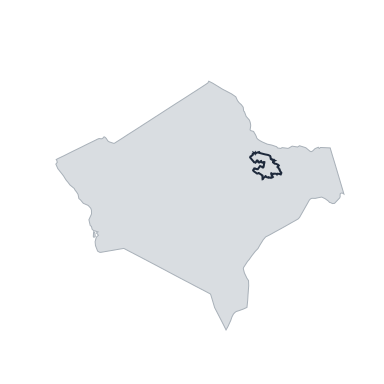 Turkana South, Rift Valley, Kenya shown in context, rotated 118°
{"feature_id": "3690345B86728655085245", "entity_name": "Turkana South", "entity_type": "district", "adm_level": 2, "iso_a3": "KEN", "parent_name": "Kenya", "parent_adm1": "Rift Valley", "projection": "mercator", "projection_center": [35.73, 2.378], "detail": "fine", "context": "in_parent", "style": "outline", "palette": "slate", "viewbox_px": 384, "rotation_deg": 118, "n_neighbors": 0, "source": "geoboundaries", "source_scale": "gbopen_adm2", "svg_char_len": 7256}
<svg xmlns="http://www.w3.org/2000/svg" viewBox="0 0 384 384"><g transform="rotate(118 192 192)"><path d="M86.3,229.2L86.2,224.7L86.9,213.2L86.8,203.1L87.4,198.0L89.9,194.8L91.0,192.5L91.8,189.3L93.1,186.6L96.1,184.5L96.6,183.3L99.8,179.7L101.6,175.0L103.1,173.4L104.8,172.0L106.1,171.2L108.1,170.5L109.7,170.0L110.0,169.7L110.2,168.9L109.6,166.0L110.3,165.1L111.4,163.2L112.7,161.4L113.8,160.3L114.4,159.1L114.7,157.1L114.8,155.6L114.8,153.3L114.4,148.0L113.1,143.5L112.3,138.6L112.9,136.9L111.8,134.0L111.3,133.8L110.5,133.2L109.4,130.4L108.5,127.9L108.0,127.3L104.5,125.1L102.7,119.9L100.7,118.8L99.7,113.6L99.5,112.2L100.6,107.0L100.5,105.8L99.3,104.8L95.9,103.7L93.2,101.5L93.6,100.8L93.8,100.0L92.4,99.5L88.2,90.7L93.6,85.4L98.9,80.1L105.8,73.3L112.1,67.1L117.6,61.7L122.5,56.9L122.4,57.8L122.4,59.0L123.0,59.8L124.0,60.3L125.4,59.7L126.6,59.0L127.8,58.8L135.1,60.8L136.3,62.6L136.3,64.4L136.6,65.8L136.0,67.2L135.4,71.3L135.6,75.1L137.8,77.9L139.7,80.1L141.3,83.2L142.4,84.1L144.0,84.6L149.1,84.7L156.5,84.9L163.7,85.1L164.3,85.2L165.9,85.6L172.5,89.8L178.5,93.6L183.6,96.9L188.6,100.2L193.4,103.3L197.1,105.9L200.8,106.7L206.8,107.1L211.0,107.2L214.8,108.3L220.5,109.3L224.8,109.8L227.3,110.4L234.5,111.0L235.6,110.7L238.8,107.8L242.3,103.1L243.7,100.5L248.2,97.9L256.2,94.4L261.9,91.8L268.1,89.3L271.0,91.5L274.9,95.0L276.7,96.8L278.1,97.5L280.2,98.1L282.8,98.1L284.2,98.0L287.1,97.5L293.9,97.1L297.8,97.2L294.5,101.8L290.6,107.4L283.4,117.8L277.9,123.2L273.8,127.3L273.4,128.0L273.4,132.6L273.5,143.8L273.6,166.1L273.6,188.5L273.7,210.8L273.8,221.9L273.8,225.7L277.4,230.4L281.0,235.0L285.7,241.1L288.2,244.3L288.6,245.4L288.5,247.6L284.6,252.1L281.4,254.2L277.2,255.2L275.9,255.0L274.2,254.3L273.6,255.4L273.1,257.1L272.1,256.8L271.4,256.3L271.9,259.3L272.3,260.8L271.7,262.8L269.6,264.6L269.4,266.1L264.9,270.0L258.6,270.4L255.2,272.3L253.8,273.9L252.6,277.4L253.0,282.7L251.3,286.8L250.9,288.8L247.6,291.5L246.2,293.9L245.1,296.4L244.2,297.5L243.1,303.0L241.5,306.4L241.1,307.5L240.7,308.5L239.6,310.5L238.8,311.9L238.2,312.8L234.4,321.4L231.3,325.3L229.0,324.9L227.4,326.4L227.2,327.1L226.4,326.7L224.4,325.3L220.4,322.3L216.3,319.4L212.2,316.5L208.1,313.5L204.1,310.6L200.0,307.7L195.9,304.7L191.9,301.8L189.5,300.1L188.4,299.1L187.6,297.0L187.2,296.5L186.1,295.9L184.8,295.7L184.5,295.4L184.5,294.4L184.9,293.0L186.4,290.3L186.6,288.7L186.3,286.9L185.8,284.0L185.4,283.4L182.7,281.9L177.1,278.7L171.4,275.6L165.8,272.4L160.1,269.2L154.5,266.1L148.8,262.9L143.2,259.8L137.5,256.6L131.9,253.5L126.2,250.3L120.6,247.2L115.0,244.0L109.3,240.8L103.7,237.7L98.0,234.5L92.4,231.4L90.2,230.2L88.3,229.2L86.3,229.2ZM274.2,259.8L273.2,260.1L273.7,258.6L276.6,256.6L277.8,257.1L278.0,257.5L278.0,257.9L277.5,258.3L274.2,259.8Z" fill="#d9dde1" stroke="#a8b0b8" stroke-width="1"/><path d="M125.2,151.5L127.3,153.6L127.5,153.7L127.6,153.8L127.8,153.8L127.9,154.2L128.0,154.2L127.9,154.3L128.0,154.3L127.9,154.5L128.0,154.6L127.9,154.7L127.9,154.8L128.0,154.9L128.2,155.0L128.2,155.3L128.3,155.3L128.4,155.5L128.5,155.5L128.5,155.8L128.6,155.7L128.6,155.8L129.0,155.7L129.1,155.8L129.3,155.8L129.5,155.9L129.8,155.9L130.2,155.9L130.3,155.9L130.3,156.0L130.5,155.9L130.7,156.0L130.8,156.0L131.1,155.9L131.4,156.1L131.5,156.2L131.8,156.3L131.8,156.2L132.0,156.3L132.3,156.4L132.4,156.5L132.5,156.5L132.8,156.7L133.0,156.8L133.2,157.0L133.4,157.0L133.5,157.2L134.0,157.4L134.0,157.5L135.9,152.8L136.1,152.1L136.4,151.6L136.5,151.4L136.6,151.2L136.4,150.8L136.3,150.6L136.3,150.3L136.3,150.0L136.3,149.8L136.2,149.8L136.1,149.7L135.8,149.6L135.3,149.5L134.3,149.6L134.2,149.6L133.9,149.6L133.7,149.4L133.5,149.2L133.4,149.0L133.4,148.9L133.5,148.6L133.7,148.3L133.9,148.1L134.3,147.7L134.5,147.5L134.6,147.4L134.6,147.2L134.6,146.9L134.5,146.6L134.4,146.4L134.2,146.2L133.9,146.1L133.6,146.1L133.4,146.1L133.3,145.7L133.1,145.6L132.4,145.7L132.2,145.5L132.3,145.4L132.6,145.0L132.8,144.6L133.0,144.2L133.1,143.8L133.1,143.7L132.4,143.2L131.9,142.8L131.7,142.6L131.6,142.1L131.8,142.0L132.0,141.9L132.4,141.8L132.6,141.7L132.8,141.7L133.3,141.6L133.6,141.6L134.0,141.3L134.2,141.2L134.5,141.1L135.0,141.1L135.4,140.8L135.6,140.8L135.8,140.9L136.2,140.7L136.3,140.6L136.5,140.6L136.8,140.6L137.0,140.7L137.1,140.9L137.1,141.1L137.2,141.3L137.0,141.7L136.9,142.0L137.0,142.3L137.0,142.8L137.1,143.1L137.1,143.4L137.1,143.6L137.1,143.8L137.1,144.1L141.0,144.6L141.4,145.3L141.4,145.5L141.3,145.8L141.6,146.3L141.7,146.5L141.6,147.0L141.6,147.4L141.6,147.6L142.0,147.9L142.1,148.1L142.5,148.0L142.6,147.9L143.0,148.1L143.3,148.3L143.5,148.3L144.0,148.1L144.3,148.1L144.5,147.7L144.6,147.0L144.8,146.5L144.9,144.9L145.1,144.1L145.2,143.5L145.1,143.1L145.0,142.9L144.8,142.7L144.6,142.5L144.5,142.3L144.3,142.2L144.0,142.2L143.9,142.0L143.9,141.6L144.1,140.4L144.1,139.7L144.2,138.9L144.4,138.3L144.5,138.0L144.4,137.8L144.3,137.6L144.4,137.4L144.7,137.3L145.0,137.2L145.3,137.1L145.5,137.0L145.6,136.8L145.6,136.7L145.9,136.6L146.0,136.5L146.2,136.4L146.3,136.3L146.7,136.3L147.0,136.1L147.3,135.9L147.6,135.7L147.4,135.5L147.2,135.5L146.9,135.5L146.5,135.5L146.2,135.6L145.6,135.3L144.8,134.9L144.5,134.7L144.2,134.5L143.8,134.6L143.6,134.6L143.4,134.5L143.4,134.4L143.6,134.0L143.7,133.8L143.8,133.3L143.8,132.6L143.7,132.1L143.3,131.8L143.2,131.7L143.3,131.6L143.4,131.2L143.4,130.9L143.3,130.7L143.1,130.5L142.6,130.2L142.4,129.8L142.5,129.3L142.5,129.1L142.4,129.1L142.2,128.9L141.8,128.3L141.1,127.7L140.8,127.6L140.7,127.9L140.7,128.0L140.6,128.4L140.5,128.5L139.9,129.4L139.4,130.0L139.0,130.4L138.5,130.8L138.3,130.8L138.2,130.8L138.2,130.5L138.2,130.4L138.2,130.2L138.3,130.1L138.4,129.9L138.4,129.7L138.5,129.6L138.5,129.1L138.4,128.6L138.5,128.4L138.5,128.1L138.4,128.3L137.9,128.4L137.6,128.5L137.3,128.3L136.9,127.3L136.7,127.0L136.6,126.7L136.4,126.1L136.3,125.8L136.4,125.5L136.5,125.3L136.3,125.3L136.2,125.4L135.7,125.1L135.4,124.2L135.2,123.8L135.0,123.5L135.0,123.3L134.9,123.1L135.0,122.9L134.9,122.6L134.9,122.3L134.7,122.2L134.7,121.9L134.3,121.9L134.1,122.1L133.8,122.0L133.6,122.0L133.4,122.0L133.1,122.1L132.9,122.4L132.9,122.5L132.8,122.8L132.5,123.3L132.5,123.7L132.3,123.9L132.0,124.1L131.9,124.3L131.8,124.6L131.7,124.8L131.1,125.1L131.0,125.4L130.9,125.4L130.9,125.5L130.8,125.9L130.6,126.3L130.4,126.5L130.1,127.1L130.1,127.3L129.9,127.4L129.9,127.6L129.8,127.8L129.7,128.0L129.7,128.3L129.3,128.3L128.9,128.1L128.5,127.9L128.0,127.8L127.8,127.8L127.6,128.8L127.5,129.1L127.6,129.8L127.6,130.6L127.7,131.1L127.9,131.6L128.1,132.0L128.0,132.3L128.1,132.6L127.9,133.0L127.8,133.3L127.9,133.5L127.7,133.9L127.8,134.2L127.8,134.4L127.3,134.7L127.1,134.7L126.9,134.4L126.8,134.2L126.7,134.2L126.4,134.2L126.1,134.0L125.9,133.9L125.5,133.9L125.4,133.8L125.4,134.0L125.3,134.3L125.5,134.3L125.4,134.5L125.6,134.6L125.5,134.8L125.7,135.3L125.8,135.4L125.7,135.5L125.5,135.9L125.7,136.0L125.6,136.3L125.7,136.6L125.9,136.5L126.0,136.8L125.9,136.9L125.7,136.9L125.7,137.0L125.8,137.3L125.7,137.4L125.6,137.5L125.7,137.8L125.8,138.0L125.6,138.2L125.3,138.2L125.2,138.3L125.0,138.5L124.8,138.7L124.6,139.0L124.3,139.0L124.1,139.2L123.9,139.4L123.5,139.9L123.5,141.0L123.6,142.2L123.7,142.6L124.5,145.2L125.8,150.6L125.7,150.6L125.7,150.8L125.5,151.0L125.4,151.0L125.3,151.3L125.2,151.5Z" fill="none" stroke="#1e293b" stroke-width="2"/></g></svg>